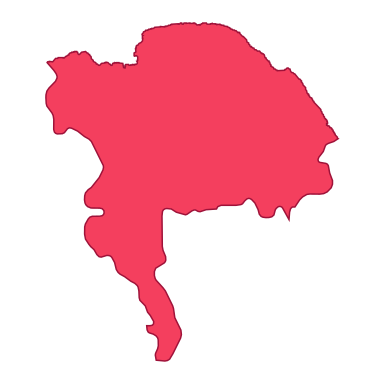 Sosua, Puerto Plata, Dominican Republic (orthographic projection)
{"feature_id": "3306468B55760825381670", "entity_name": "Sosua", "entity_type": "district", "adm_level": 2, "iso_a3": "DOM", "parent_name": "Dominican Republic", "parent_adm1": "Puerto Plata", "projection": "orthographic", "projection_center": [-70.473, 19.663], "detail": "fine", "context": "isolated", "style": "filled", "palette": "rose", "viewbox_px": 384, "rotation_deg": 0, "n_neighbors": 0, "source": "geoboundaries", "source_scale": "gbopen_adm2", "svg_char_len": 5745}
<svg xmlns="http://www.w3.org/2000/svg" viewBox="0 0 384 384"><path d="M338.1,138.7L337.4,138.3L337.4,137.2L335.2,134.9L335.2,134.1L334.5,133.7L334.5,132.9L333.8,132.5L333.8,131.8L333.1,131.4L333.1,130.2L332.0,129.5L332.0,128.7L331.3,127.9L329.8,127.6L329.8,126.8L329.1,126.0L328.0,126.0L328.0,125.6L326.6,125.2L326.6,123.7L327.3,123.7L327.3,122.9L327.6,122.9L327.3,121.4L326.9,121.4L326.9,120.3L326.2,119.5L325.5,119.5L325.5,118.7L324.4,117.9L324.4,116.8L323.7,116.4L323.3,114.5L322.2,113.7L321.8,111.8L320.8,110.6L320.8,109.5L313.9,102.2L313.9,101.4L312.8,100.7L312.4,99.1L311.7,98.7L311.7,98.0L309.9,97.2L309.5,96.0L308.8,95.7L308.8,94.5L308.1,94.5L308.1,93.7L307.0,93.0L306.6,90.7L305.6,89.5L305.6,87.6L303.0,84.9L302.7,83.4L301.2,81.8L301.6,81.1L299.8,79.1L299.0,79.1L294.7,73.8L294.0,73.8L292.9,72.6L291.8,72.6L290.7,71.5L290.0,69.1L289.3,69.1L288.2,68.0L287.1,68.0L285.6,69.5L284.9,69.5L284.6,70.3L277.3,70.7L277.3,70.3L275.9,69.9L275.5,69.2L273.7,68.8L273.7,68.0L273.0,67.2L272.3,67.2L271.5,66.1L270.8,66.1L270.8,64.5L270.1,64.2L269.7,62.2L269.0,61.9L269.0,61.1L268.3,61.1L266.1,58.8L266.1,58.0L265.0,57.6L264.3,54.9L263.2,53.8L262.1,53.8L261.8,53.0L261.0,53.0L259.6,51.1L257.4,51.1L256.3,49.9L254.5,49.6L253.8,48.0L252.7,48.0L252.0,47.2L251.3,47.2L251.3,46.5L250.5,46.5L249.8,45.7L249.8,44.9L248.7,44.2L248.7,43.0L246.9,41.9L246.6,39.9L243.3,36.5L242.6,36.5L239.7,33.4L239.7,32.6L238.6,32.6L238.6,32.3L237.9,32.6L236.1,30.7L235.0,30.7L234.3,30.0L232.8,30.0L232.1,29.2L231.0,29.2L230.6,28.4L229.9,28.4L229.6,27.7L227.4,26.9L227.4,26.5L224.1,26.1L223.8,25.3L221.6,25.3L221.6,25.0L219.8,24.6L219.8,24.2L216.9,24.6L216.9,24.2L215.5,24.2L215.5,23.8L212.2,23.8L212.2,23.4L210.4,23.8L210.4,24.2L207.1,24.2L206.4,23.0L202.8,23.0L202.8,23.4L201.4,23.8L200.3,25.0L199.5,25.0L199.5,24.6L197.0,25.0L195.9,23.8L195.2,23.8L194.8,23.0L193.4,23.0L193.4,23.4L189.8,23.4L189.8,23.0L186.2,23.4L186.2,23.0L184.0,23.0L183.3,24.2L182.2,24.2L181.8,23.0L180.7,23.0L180.7,23.4L180.0,23.4L179.3,24.2L178.2,24.2L178.2,23.8L171.7,24.2L171.7,24.6L170.6,24.6L170.2,25.3L168.4,25.3L167.7,26.1L165.9,26.1L165.9,26.5L164.5,26.5L164.5,26.9L160.5,26.5L160.5,26.9L154.7,27.3L153.6,28.4L151.8,28.4L151.8,28.8L150.7,28.8L150.7,29.2L148.9,29.2L148.9,29.6L147.5,30.0L147.5,30.3L145.6,30.3L145.3,31.1L143.5,31.9L143.4,32.6L142.0,34.2L142.4,35.7L142.8,35.7L142.4,36.1L142.4,38.4L142.8,38.4L142.4,41.1L140.9,42.6L139.1,43.4L137.7,45.3L137.0,45.3L136.2,46.1L136.2,47.6L135.9,47.6L135.9,48.8L135.5,48.8L135.9,51.9L134.1,53.0L134.1,55.7L134.8,55.7L134.8,56.1L136.6,55.7L137.7,56.9L137.7,60.3L137.3,60.3L137.3,61.5L137.0,61.5L137.3,61.9L137.3,63.4L136.6,64.2L135.5,64.2L135.5,64.5L134.1,64.5L134.1,64.9L132.6,64.5L132.6,64.9L130.8,64.9L130.8,65.3L129.0,65.3L128.6,64.5L125.7,64.5L125.0,65.3L125.0,66.5L125.4,66.5L125.0,68.0L123.6,67.6L122.8,63.4L118.9,63.0L118.9,62.6L116.7,62.6L116.7,63.0L114.9,62.6L114.9,63.0L113.8,63.0L113.8,63.4L112.7,63.4L112.0,65.3L110.9,65.3L110.2,64.2L109.5,64.2L108.0,62.6L106.2,62.2L106.2,62.6L104.8,62.6L104.8,63.0L101.5,63.4L99.7,65.3L98.6,65.3L97.5,64.1L96.4,64.1L95.7,62.6L93.9,61.8L93.2,61.1L93.2,60.3L91.4,58.8L91.0,56.5L89.6,55.3L89.6,54.5L88.5,54.2L87.8,53.0L87.0,53.0L85.6,51.5L81.6,52.2L79.4,54.5L78.7,54.5L78.0,53.8L77.6,52.2L76.6,51.8L76.6,51.5L74.7,51.5L74.7,51.8L73.6,51.8L73.6,52.2L71.8,52.2L71.8,52.6L70.0,53.0L68.9,54.1L68.9,54.9L67.5,55.3L66.4,56.4L65.7,56.4L64.2,58.0L63.2,58.0L63.2,57.6L58.1,57.6L57.7,58.4L55.6,58.4L52.7,61.8L49.4,61.4L49.4,61.8L47.6,61.8L47.1,62.6L53.8,70.3L56.2,73.8L57.1,76.3L57.0,78.1L55.5,81.3L49.0,88.0L46.9,91.1L46.0,94.8L45.9,97.6L46.2,103.4L46.9,106.1L52.0,113.0L53.2,115.6L53.8,119.5L53.7,129.4L54.4,132.0L55.6,133.3L57.2,133.9L62.3,133.7L64.4,132.7L67.5,128.7L69.4,127.8L71.6,128.2L77.6,131.1L84.4,136.5L89.0,139.1L91.4,141.5L103.3,165.5L103.5,167.3L103.0,169.9L99.2,177.6L91.3,187.5L88.2,189.7L85.5,192.9L84.7,195.8L84.5,199.9L85.0,202.9L85.8,204.7L87.6,206.6L91.0,208.0L99.7,208.1L102.2,208.7L103.9,210.6L104.1,213.0L103.5,214.5L102.2,215.7L99.7,216.2L92.2,216.3L89.8,217.2L88.2,219.0L85.4,224.0L84.7,226.9L84.6,234.1L85.5,239.1L88.8,244.2L90.8,246.7L94.0,249.6L96.9,254.6L99.1,256.7L101.2,257.1L106.9,255.4L109.3,255.6L110.8,256.3L111.9,257.5L114.6,262.5L116.3,269.5L118.1,272.4L120.0,274.1L124.7,276.7L130.8,281.2L134.8,283.3L137.3,285.6L138.1,287.1L138.9,290.9L139.2,297.7L139.9,300.3L145.3,305.9L147.6,312.2L150.3,315.5L153.7,321.5L153.5,323.9L152.4,325.2L150.1,325.7L146.7,325.7L147.1,329.9L148.2,332.1L149.4,332.9L153.2,334.1L156.0,335.8L157.6,337.8L158.2,339.8L158.3,345.9L157.6,348.8L155.6,353.3L155.3,355.1L156.2,360.2L164.9,361.0L167.5,360.5L169.6,359.2L172.9,353.7L180.6,338.1L181.4,334.6L180.9,330.1L174.8,317.7L173.5,308.6L172.7,305.9L165.4,291.0L163.0,287.8L156.2,280.3L155.2,278.6L154.4,275.6L154.4,271.6L155.7,268.2L164.3,262.9L165.3,261.6L165.8,260.1L165.6,256.6L163.0,250.3L162.3,246.4L162.0,216.0L162.5,211.4L163.4,209.8L165.0,208.8L166.8,208.5L171.3,209.0L176.3,212.2L185.5,214.8L187.0,214.3L191.9,210.9L194.1,210.0L195.5,210.0L198.1,211.4L200.1,211.7L206.1,209.7L216.5,209.0L217.8,206.6L221.1,205.3L236.0,205.3L240.9,204.6L242.5,203.8L244.8,200.8L246.8,199.0L248.3,198.4L249.8,198.5L251.6,199.5L254.9,203.0L258.1,209.6L259.3,214.2L261.1,216.4L262.9,217.2L265.8,217.6L268.9,217.5L271.8,216.8L273.9,215.0L275.3,209.8L276.3,208.3L278.4,206.6L280.0,206.4L281.6,206.9L282.6,208.0L289.0,219.6L289.6,212.1L290.6,208.6L292.3,207.0L294.9,207.0L299.7,199.8L302.6,196.9L306.9,194.4L309.8,194.0L319.8,194.1L323.7,193.6L327.2,191.9L331.2,187.8L332.5,184.2L332.5,180.5L329.7,173.1L328.3,165.6L327.4,164.2L325.9,163.4L319.4,162.3L318.3,161.1L318.0,159.5L318.8,157.3L323.3,151.5L325.3,145.9L326.2,144.6L328.3,143.4L333.8,141.5L338.1,138.7Z" fill="#f43f5e" stroke="#9f1239" stroke-width="1.5"/></svg>